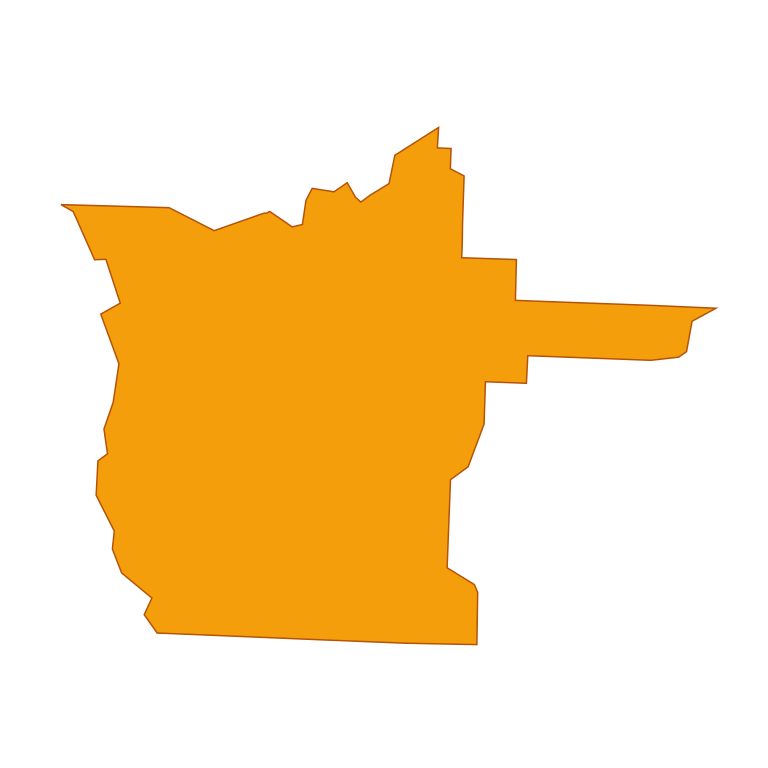 the district of St. Landry, Louisiana, United States of America, rotated 182°
{"feature_id": "52423323B7471592660560", "entity_name": "St. Landry", "entity_type": "district", "adm_level": 2, "iso_a3": "USA", "parent_name": "United States of America", "parent_adm1": "Louisiana", "projection": "albers", "projection_center": [-92.032, 30.574], "detail": "fine", "context": "isolated", "style": "filled", "palette": "amber", "viewbox_px": 768, "rotation_deg": 182, "n_neighbors": 0, "source": "geoboundaries", "source_scale": "gbopen_adm2", "svg_char_len": 1019}
<svg xmlns="http://www.w3.org/2000/svg" viewBox="0 0 768 768"><g transform="rotate(182 384 384)"><path d="M282.1,126.8L283.1,178.9L286.7,186.7L314.5,202.5L314.2,290.7L297.0,304.3L282.6,347.5L282.7,389.8L241.7,389.7L241.3,417.3L162.9,417.1L118.1,417.0L90.5,421.1L82.8,426.9L78.3,457.5L54.9,471.3L119.3,471.9L239.8,472.1L255.6,472.2L256.0,513.0L310.8,512.9L310.7,526.2L311.1,547.0L311.2,594.7L325.2,601.4L325.2,621.7L338.9,621.8L338.4,642.3L381.1,613.0L386.0,584.4L403.9,572.6L413.5,565.0L419.0,569.6L427.8,583.9L440.7,574.3L462.6,577.0L468.4,564.7L471.1,540.6L481.2,537.8L503.7,552.1L504.2,552.4L505.0,552.2L505.7,551.5L507.9,550.4L509.5,550.7L511.2,550.0L513.7,549.1L559.1,531.3L604.9,552.7L643.6,552.5L713.1,552.0L700.6,545.5L677.6,498.1L666.3,498.9L650.4,455.6L669.5,444.0L649.6,394.9L654.0,356.3L662.3,329.2L657.9,304.6L667.2,297.2L667.8,262.8L648.4,227.6L649.7,209.6L639.6,186.0L608.5,162.0L615.6,145.1L602.0,127.2L430.1,126.1L352.8,125.7L282.1,126.8Z" fill="#f59e0b" stroke="#b45309" stroke-width="1.5"/></g></svg>